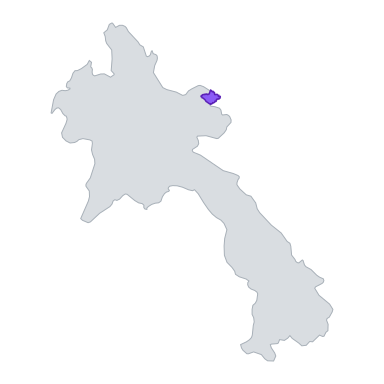 Sopbao, Houaphan, Laos shown in context
{"feature_id": "54806243B20736296010663", "entity_name": "Sopbao", "entity_type": "district", "adm_level": 2, "iso_a3": "LAO", "parent_name": "Laos", "parent_adm1": "Houaphan", "projection": "mercator", "projection_center": [104.423, 20.651], "detail": "fine", "context": "in_parent", "style": "filled", "palette": "violet", "viewbox_px": 384, "rotation_deg": 0, "n_neighbors": 0, "source": "geoboundaries", "source_scale": "gbopen_adm2", "svg_char_len": 6060}
<svg xmlns="http://www.w3.org/2000/svg" viewBox="0 0 384 384"><path d="M126.3,27.7L128.4,31.6L138.1,42.0L139.8,44.8L143.3,46.9L146.3,56.1L147.5,56.7L149.2,56.0L150.4,54.7L151.4,51.2L152.1,50.8L153.2,53.7L155.9,54.6L157.1,55.9L157.4,58.1L157.0,60.4L154.7,65.6L153.4,72.6L162.8,87.6L166.8,89.6L176.3,92.1L182.7,95.4L185.7,94.6L188.5,90.9L191.9,88.8L198.3,85.6L200.1,85.4L203.6,86.7L209.4,90.4L218.1,97.4L217.8,99.2L216.3,101.0L211.6,103.8L210.1,105.6L211.0,106.2L214.9,106.7L219.5,108.2L220.9,110.1L221.7,114.2L222.5,115.0L226.7,114.5L228.0,115.1L229.6,116.4L231.1,119.9L231.0,122.4L226.8,127.0L226.3,129.7L224.1,132.9L218.3,138.3L216.8,138.6L206.1,135.7L197.5,136.1L196.8,137.2L198.3,140.5L198.7,143.7L197.4,146.2L192.5,149.4L192.3,150.8L193.3,152.2L200.4,155.1L223.1,170.6L233.5,173.6L238.0,175.5L239.2,176.6L239.2,178.0L238.0,179.7L237.0,182.7L236.9,184.6L238.0,186.3L239.8,188.9L246.2,194.8L250.9,196.2L255.7,202.9L257.2,208.8L259.6,212.6L271.4,225.2L281.2,233.0L287.1,241.4L289.9,243.3L290.8,246.3L291.6,255.1L295.0,259.5L295.7,261.3L297.2,262.6L298.8,262.9L302.3,260.0L303.0,260.4L304.5,265.0L305.9,266.7L311.1,269.6L316.7,275.2L319.6,277.2L323.3,278.8L323.9,280.6L323.2,282.4L322.0,283.5L315.6,286.8L314.7,288.2L319.0,295.3L329.6,304.1L332.9,309.4L332.2,311.9L329.3,317.1L327.1,318.5L326.5,320.1L328.1,324.3L327.9,330.7L325.9,332.3L324.0,336.2L322.7,336.5L319.5,335.1L312.6,341.8L309.7,341.5L306.2,345.3L301.8,345.8L298.7,343.0L292.2,338.4L289.9,335.6L287.8,338.1L284.4,340.4L279.6,339.6L278.3,343.0L277.3,343.6L271.4,344.1L270.3,344.7L271.3,347.8L274.7,353.0L275.8,356.0L273.6,361.0L267.6,360.8L264.8,358.8L261.4,354.6L253.6,351.9L248.4,353.8L246.8,353.7L242.9,350.2L241.5,347.9L240.6,344.6L246.5,341.8L249.5,339.7L251.5,337.5L252.3,335.1L253.3,325.4L254.2,321.9L253.7,317.7L252.1,314.4L252.1,309.4L252.9,305.3L255.2,303.3L256.8,300.4L257.7,293.8L257.0,292.2L254.8,290.5L251.0,289.0L248.7,287.1L247.7,284.8L247.8,282.7L248.9,281.0L246.1,279.0L239.3,276.8L235.5,274.3L234.7,271.2L231.9,267.3L227.0,262.3L224.4,255.3L224.1,246.0L224.7,238.5L226.9,229.7L224.0,223.4L220.9,220.1L216.5,217.6L212.3,214.1L208.4,209.5L203.7,202.7L198.2,193.7L194.5,189.7L192.6,190.7L188.6,189.8L182.5,187.2L177.2,185.8L172.7,185.6L169.7,186.2L168.4,187.6L168.2,188.9L169.4,190.3L168.8,191.3L166.4,192.1L164.5,193.6L162.4,196.8L160.9,201.2L158.6,202.8L155.2,203.2L151.7,204.4L148.4,206.5L146.8,208.1L147.0,209.2L146.3,209.4L144.6,208.8L143.8,207.4L143.9,205.2L142.2,203.6L138.7,202.9L134.7,200.5L127.1,194.3L125.3,194.0L122.8,195.6L119.6,199.1L116.9,200.4L114.8,199.7L113.1,201.0L112.0,204.1L109.9,206.6L99.6,213.3L90.4,221.9L88.1,222.7L82.5,220.3L80.7,218.6L88.4,201.0L89.5,196.7L89.3,191.0L86.0,186.3L85.9,184.9L86.4,183.4L90.3,177.9L94.9,163.7L94.6,159.3L92.6,154.5L91.5,149.9L92.4,143.6L92.1,141.1L89.9,139.9L82.9,138.6L78.8,139.7L76.9,141.4L74.6,142.5L70.1,143.0L66.0,140.9L62.5,137.3L61.6,132.9L66.0,123.3L67.1,119.6L66.9,117.9L66.2,116.1L65.1,115.8L62.9,113.6L60.7,109.6L58.6,107.8L56.7,108.1L54.9,109.6L52.0,113.4L51.1,112.9L53.6,99.7L56.1,94.0L58.9,91.4L62.0,90.3L65.2,90.7L67.9,90.2L70.0,88.9L69.9,88.1L67.3,87.9L66.3,86.4L66.8,83.5L67.9,81.7L69.7,80.9L71.4,78.0L73.0,73.2L75.0,70.7L77.4,70.6L81.4,68.6L87.2,64.4L89.3,60.5L91.5,62.3L90.7,66.9L91.8,67.9L92.4,69.5L92.1,72.1L92.5,74.3L93.4,75.3L94.7,75.9L100.7,74.0L104.4,73.9L110.5,77.2L114.1,74.7L114.1,73.8L111.2,70.6L112.1,58.9L111.7,50.0L106.7,43.5L105.7,40.8L105.2,36.5L103.8,32.8L107.3,29.8L109.3,24.4L111.8,23.0L112.6,23.2L115.6,27.4L119.5,25.3L122.5,25.3L125.0,26.4L126.3,27.7Z" fill="#d9dde1" stroke="#a8b0b8" stroke-width="1"/><path d="M210.6,104.3L210.8,104.2L210.7,103.9L210.7,103.7L210.8,103.7L211.1,103.7L211.3,103.7L211.5,103.7L211.8,103.7L212.0,103.7L212.3,103.4L212.6,103.3L212.6,103.2L212.8,103.0L212.8,102.9L213.0,103.0L213.1,102.9L213.3,102.8L213.5,102.7L213.8,102.7L214.1,102.6L214.3,102.4L214.5,102.3L214.5,102.2L214.7,101.9L214.9,101.7L215.0,101.5L215.0,101.4L215.3,101.5L215.4,101.4L215.5,101.4L215.8,101.3L216.0,101.3L216.0,101.2L216.1,100.9L215.9,100.8L216.0,100.8L216.0,100.7L216.1,100.4L216.2,100.2L216.3,100.2L216.4,99.9L216.5,99.8L216.5,99.7L216.6,99.4L216.8,99.4L217.0,99.2L217.3,99.0L217.5,99.0L217.8,99.1L218.0,99.0L218.1,98.9L218.3,98.9L218.4,99.0L218.5,99.0L218.8,99.1L219.0,99.0L219.1,98.9L219.1,98.7L219.3,98.5L219.3,98.4L219.5,98.4L219.8,98.3L219.8,98.2L220.0,97.9L220.0,97.7L220.1,97.4L220.2,97.2L220.3,97.1L220.3,96.8L220.3,96.7L220.2,96.4L219.8,96.3L219.7,96.3L219.4,96.3L219.2,96.3L218.9,96.4L218.7,96.3L218.7,96.2L218.6,96.3L218.5,96.2L218.4,96.2L218.2,96.0L218.2,95.9L218.3,95.8L218.3,95.7L218.3,95.4L218.2,95.3L218.1,95.2L217.9,94.9L217.7,94.7L217.4,94.5L217.2,94.4L216.9,94.3L216.7,94.5L216.4,94.5L216.1,94.5L215.9,94.5L215.7,94.6L215.4,94.6L215.2,94.6L214.9,94.6L214.7,94.5L214.7,94.4L214.6,94.2L214.5,93.9L214.6,93.6L214.6,93.4L214.4,93.2L214.5,92.7L214.4,92.5L214.3,92.4L214.2,92.4L213.9,92.3L213.9,92.2L213.6,92.1L213.3,92.0L213.2,92.0L213.1,91.9L213.1,91.6L213.1,91.4L212.8,91.3L212.5,91.4L212.4,91.4L212.3,91.5L212.2,91.6L212.0,91.4L211.9,91.3L211.7,91.2L211.5,90.9L211.4,90.8L211.4,90.7L211.2,90.6L211.1,90.4L210.9,90.4L210.8,90.2L210.7,90.1L210.5,90.3L210.4,90.6L210.3,90.9L210.0,91.6L209.7,92.3L209.5,93.0L209.5,93.4L209.4,93.5L209.3,93.8L209.2,93.9L209.1,94.0L208.9,94.0L208.7,94.0L208.3,94.3L208.0,94.3L207.9,94.5L207.6,94.5L207.4,94.5L207.0,94.4L207.0,94.1L206.8,94.0L206.4,94.0L206.1,94.0L205.9,94.0L205.7,94.3L205.3,94.4L205.0,94.5L204.7,94.3L204.2,94.3L204.0,94.6L203.8,94.6L203.7,94.6L203.4,94.6L203.1,94.6L202.9,94.6L202.7,94.7L202.6,94.8L202.4,95.0L202.2,95.0L202.0,95.3L201.9,95.5L201.8,95.8L201.7,95.8L201.5,96.0L201.4,96.0L201.5,96.0L201.4,96.1L201.2,96.0L201.1,96.3L201.1,96.5L201.3,96.5L201.5,96.8L201.7,97.0L201.9,97.3L202.2,97.7L202.2,97.8L202.9,98.0L204.0,98.9L205.1,99.9L205.4,100.3L205.5,100.5L205.8,101.0L206.0,101.4L206.1,101.5L206.3,101.6L206.5,101.7L207.2,102.2L207.7,102.5L207.9,102.7L208.2,102.9L208.5,103.1L209.0,103.5L209.3,103.6L209.5,103.8L209.9,104.0L210.1,104.1L210.6,104.3Z" fill="#8b5cf6" stroke="#5b21b6" stroke-width="1.5"/></svg>